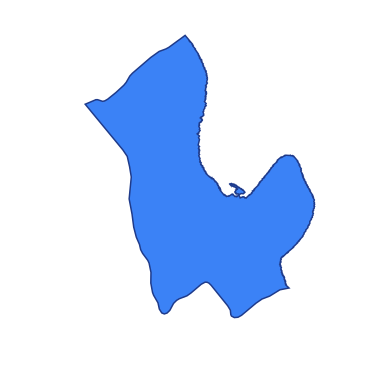 Boca Chica, Santo Domingo, Dominican Republic, rotated 230°
{"feature_id": "3306468B37182555728177", "entity_name": "Boca Chica", "entity_type": "district", "adm_level": 2, "iso_a3": "DOM", "parent_name": "Dominican Republic", "parent_adm1": "Santo Domingo", "projection": "natural_earth1", "projection_center": [-69.616, 18.462], "detail": "fine", "context": "isolated", "style": "filled", "palette": "blue", "viewbox_px": 384, "rotation_deg": 230, "n_neighbors": 0, "source": "geoboundaries", "source_scale": "gbopen_adm2", "svg_char_len": 6060}
<svg xmlns="http://www.w3.org/2000/svg" viewBox="0 0 384 384"><g transform="rotate(230 192 192)"><path d="M327.9,166.6L268.6,166.1L260.9,165.3L251.6,160.5L242.5,155.1L227.1,139.4L213.7,131.9L202.6,124.8L193.2,120.3L185.7,118.1L180.8,115.6L176.7,114.7L168.1,114.2L165.1,113.4L156.8,108.9L148.7,101.9L140.4,97.2L137.5,96.2L129.0,94.7L123.3,91.7L118.8,91.1L116.4,92.4L115.3,95.1L115.6,99.0L118.5,106.2L118.9,110.5L118.4,113.7L115.7,121.4L115.3,126.3L115.4,139.8L114.5,144.1L113.1,145.6L111.3,146.4L108.2,146.7L81.9,146.2L76.8,145.4L73.1,142.9L71.6,142.5L68.6,143.7L66.5,146.7L65.7,150.7L65.7,169.6L65.0,176.9L62.3,184.7L60.6,196.4L56.1,204.6L60.5,204.1L60.5,204.6L61.7,204.6L61.7,205.1L63.2,205.5L63.2,206.0L64.0,206.0L64.0,206.4L65.5,206.4L65.5,206.9L67.1,207.3L67.1,207.8L68.2,207.8L68.2,208.2L69.4,208.2L69.4,207.8L69.8,207.8L69.8,208.2L70.9,208.2L70.9,208.7L72.5,208.7L72.5,209.2L73.2,209.2L73.6,210.1L75.2,210.1L75.2,210.5L76.3,211.0L76.7,211.9L78.2,211.9L78.2,212.3L79.0,212.3L79.0,212.8L80.2,212.8L80.2,213.3L80.9,213.7L80.9,214.6L81.7,214.6L81.7,215.5L82.9,216.0L82.9,216.9L84.0,217.3L84.0,218.7L84.4,218.7L84.4,220.5L84.0,220.5L84.4,226.0L84.0,226.0L84.0,226.9L84.4,226.9L84.4,234.2L84.8,234.2L85.2,240.1L85.6,240.1L85.6,242.4L86.0,242.4L86.0,244.2L86.3,244.2L86.7,248.3L87.1,248.3L87.9,251.0L88.6,251.5L89.0,254.2L89.8,254.7L90.2,257.9L91.3,258.8L91.3,260.1L91.7,260.1L92.1,262.0L93.7,263.3L94.4,266.0L95.2,266.5L95.2,267.9L96.4,268.8L96.4,269.7L97.5,270.6L97.5,271.1L99.1,271.5L99.1,272.0L99.8,272.4L99.8,273.3L101.0,274.2L101.0,275.1L102.1,276.1L102.1,276.5L102.9,276.5L103.7,277.9L104.5,277.9L104.8,278.8L106.4,279.2L107.2,280.6L109.9,281.1L109.9,281.5L111.0,281.5L111.0,282.0L112.2,282.0L112.2,282.4L116.8,282.9L116.8,283.3L118.3,283.3L118.3,283.8L121.4,283.8L121.4,284.3L123.3,284.3L123.3,284.7L125.7,284.7L125.7,285.2L126.8,285.2L126.8,285.6L129.1,285.6L129.1,286.1L130.7,286.1L130.7,286.5L132.2,286.5L132.2,287.0L133.0,287.0L133.0,287.4L133.8,287.4L133.8,287.9L135.3,287.9L135.3,288.3L138.0,288.8L138.4,289.7L139.2,289.7L139.5,290.6L143.0,291.1L143.0,291.5L143.8,291.5L143.8,292.0L147.6,292.4L147.6,292.9L154.2,292.9L154.2,292.4L155.3,292.4L156.1,291.1L156.9,291.1L157.3,290.2L160.0,287.4L160.0,286.5L160.4,286.5L160.7,283.3L161.1,283.3L161.1,282.4L161.5,282.4L161.5,277.9L161.1,277.9L160.7,276.1L160.4,276.1L160.4,271.5L160.0,271.5L160.0,270.6L159.6,270.6L159.6,267.9L159.2,267.9L158.8,265.1L158.4,265.1L158.4,263.8L158.0,263.8L158.0,261.5L157.7,261.5L157.3,257.4L156.9,257.4L156.9,256.5L156.5,256.5L156.9,254.2L156.1,253.8L156.1,250.6L155.7,250.6L155.7,249.2L155.3,249.2L155.0,247.4L154.6,247.4L154.2,241.5L153.8,241.5L153.8,240.1L153.4,240.1L153.8,239.2L153.4,239.2L153.0,236.9L152.6,236.9L152.6,234.2L153.0,234.2L152.6,229.6L153.0,229.6L153.4,228.7L155.0,228.7L155.3,227.8L155.7,227.8L156.5,225.1L159.6,226.0L159.6,223.7L160.0,223.7L160.0,222.8L160.7,222.8L161.1,221.9L163.8,221.9L163.8,221.4L164.6,221.4L165.0,217.8L165.4,217.8L165.4,216.9L166.5,216.0L166.5,215.5L168.1,215.5L168.1,215.1L169.2,215.1L169.2,214.6L175.0,214.6L175.0,215.1L175.8,215.1L175.8,215.5L176.9,215.5L176.9,216.0L177.3,216.0L177.3,215.1L178.1,215.1L178.5,216.0L180.4,216.0L180.4,216.4L181.9,216.4L181.9,216.9L185.0,216.9L185.0,216.4L188.1,216.9L188.1,216.4L189.7,216.4L189.7,216.0L190.4,216.4L190.8,215.5L192.4,215.5L192.4,215.1L197.0,214.6L197.0,215.1L198.9,215.1L198.9,215.5L199.3,215.5L199.3,215.1L200.1,215.1L200.1,215.5L202.0,215.5L202.0,216.0L203.2,216.0L203.2,216.4L204.3,216.0L204.3,216.4L205.1,216.4L205.1,216.9L205.5,216.9L205.5,216.4L207.4,216.4L207.4,216.9L208.6,217.3L208.6,217.8L209.7,217.8L209.7,217.3L210.1,217.3L210.5,218.3L212.0,218.7L212.4,219.6L215.5,220.5L215.9,221.9L217.0,221.9L217.4,222.8L218.2,222.8L218.6,224.2L219.3,224.2L219.3,224.6L220.1,224.6L220.1,225.1L221.3,225.1L221.3,225.5L222.0,226.0L222.0,226.9L224.0,226.9L227.4,231.5L229.4,231.9L230.1,233.7L233.2,233.3L233.2,234.6L232.8,234.6L232.8,235.1L233.2,235.1L234.0,237.8L235.2,237.8L235.5,238.7L238.2,239.6L238.2,240.6L239.4,241.0L239.4,241.5L240.2,241.9L240.2,243.7L239.8,243.7L239.8,244.2L240.2,244.2L240.2,245.6L240.6,245.6L240.6,246.0L241.3,246.0L241.3,246.5L243.2,246.0L243.2,246.5L243.6,246.5L243.6,247.4L243.2,247.4L243.2,250.1L243.6,250.1L244.0,251.0L246.3,251.9L246.3,252.8L247.5,253.8L247.9,255.6L249.0,256.5L249.0,258.3L250.2,258.3L250.6,259.7L253.3,259.7L253.7,261.0L254.4,261.5L254.4,262.4L255.2,262.4L255.6,263.3L256.4,263.3L256.4,264.2L257.1,264.2L257.5,265.6L258.3,265.6L258.3,266.5L259.1,266.5L259.1,267.0L259.8,267.0L259.8,267.4L260.2,267.4L260.2,267.0L261.4,267.4L262.1,268.8L262.9,269.2L263.3,270.6L264.5,270.6L264.5,271.1L264.8,271.1L265.6,273.8L266.8,273.8L268.7,276.5L269.5,276.5L269.9,277.4L271.8,277.9L271.8,278.3L272.6,278.3L272.9,279.2L275.2,279.7L275.2,280.2L276.0,280.2L276.0,280.6L278.3,280.6L278.3,281.1L279.1,281.1L279.1,281.5L281.4,281.5L281.4,282.0L283.0,282.4L283.0,282.9L285.3,282.9L285.3,283.3L286.4,283.3L286.4,283.8L287.2,283.8L287.2,284.3L287.6,284.3L287.6,283.8L289.5,283.8L289.5,284.3L290.3,284.3L290.3,284.7L292.2,284.7L292.2,285.2L293.4,285.2L293.7,285.6L299.5,286.1L299.5,286.5L303.4,286.5L303.4,287.0L304.9,287.0L304.9,287.4L308.0,287.4L308.0,287.0L309.6,287.0L309.6,287.4L316.4,287.4L317.7,267.3L318.4,263.9L320.8,257.2L321.6,246.7L321.3,222.7L320.8,218.9L318.3,212.1L317.6,208.4L317.1,197.7L317.3,187.1L317.9,183.7L318.9,181.8L323.3,179.1L324.5,177.7L327.9,166.6ZM163.8,224.6L162.3,224.6L162.3,225.1L161.5,225.1L161.1,226.0L160.4,226.0L160.4,226.4L159.6,226.9L159.2,228.7L157.7,230.1L157.7,231.9L158.0,231.9L158.0,232.4L161.1,232.4L161.1,231.9L162.7,231.9L162.7,231.5L165.4,231.0L165.4,230.5L166.9,230.5L166.9,230.1L168.8,230.1L168.8,229.6L170.0,229.6L170.0,229.2L170.8,229.2L170.8,228.7L171.5,228.7L171.5,228.3L173.1,227.8L173.5,226.4L173.9,226.4L173.9,226.0L173.1,226.0L173.1,226.4L171.9,226.0L171.5,226.9L170.8,226.4L170.8,226.9L169.2,227.4L169.2,227.8L166.9,228.3L166.9,228.7L165.4,228.7L165.4,228.3L165.0,228.3L165.4,226.9L165.0,226.9L164.6,225.1L163.8,225.1L163.8,224.6Z" fill="#3b82f6" stroke="#1e3a8a" stroke-width="1.5"/></g></svg>